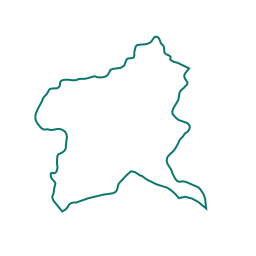 Gunma, Albers equal-area conic projection, rotated 12°
{"feature_id": "JPN-3503", "entity_name": "Gunma", "entity_type": "Prefecture", "adm_level": 1, "iso_a3": "JPN", "parent_name": "Japan", "parent_adm1": "", "projection": "albers", "projection_center": [138.983, 36.504], "detail": "fine", "context": "isolated", "style": "outline", "palette": "teal", "viewbox_px": 256, "rotation_deg": 12, "n_neighbors": 0, "source": "natural_earth", "source_scale": "10m", "svg_char_len": 2582}
<svg xmlns="http://www.w3.org/2000/svg" viewBox="0 0 256 256"><g transform="rotate(12 128 128)"><path d="M137.2,32.7L139.0,33.3L140.1,34.5L140.7,35.3L141.9,37.2L142.5,38.2L143.5,39.0L144.3,39.5L144.5,39.6L145.7,40.5L146.4,41.7L148.0,46.7L149.5,47.8L151.2,48.2L152.7,48.4L154.7,49.3L155.1,52.2L156.4,53.0L159.3,53.8L162.9,53.9L175.4,57.0L172.7,62.4L172.1,64.5L172.5,66.5L174.2,68.7L175.6,70.0L176.7,71.1L176.8,72.7L176.5,73.7L175.4,75.2L174.4,77.0L173.0,78.7L171.7,80.7L171.1,83.0L171.4,89.6L170.7,92.2L168.9,97.3L168.1,100.4L167.9,102.9L168.8,105.2L173.0,108.2L174.8,109.2L176.2,109.7L184.8,110.8L186.5,111.7L188.0,113.3L188.3,115.7L187.8,117.7L187.0,119.5L185.3,120.9L184.2,122.8L183.8,124.1L183.2,125.4L181.9,127.2L181.1,129.0L180.5,130.9L180.2,133.1L179.2,136.0L178.4,138.7L176.3,142.6L175.2,143.8L173.7,146.2L173.1,147.3L172.6,148.5L172.5,150.3L172.7,152.2L173.5,153.9L175.0,155.8L179.3,160.2L180.4,162.4L181.8,164.3L185.0,168.1L187.5,169.9L189.6,169.9L191.5,169.1L193.5,168.7L196.4,168.8L208.8,171.3L211.2,172.7L216.0,177.4L218.2,181.4L221.2,190.5L212.0,185.7L205.2,183.7L198.2,183.4L192.3,186.0L188.1,182.8L183.5,180.1L178.6,178.2L167.9,177.2L157.6,174.7L152.7,172.6L151.9,172.0L149.7,171.9L144.0,169.7L140.2,169.7L139.7,170.0L137.0,173.6L131.3,182.9L130.5,184.7L130.2,186.6L130.3,188.7L130.0,191.3L129.0,193.2L126.8,195.0L118.0,198.2L103.7,205.0L92.8,211.7L90.2,212.2L88.2,213.1L86.9,214.4L86.0,215.8L85.5,217.6L85.5,217.8L85.5,218.0L83.3,221.3L81.0,223.3L70.5,214.8L68.6,212.3L68.2,210.4L68.6,208.6L68.8,206.7L68.3,202.8L68.5,199.2L68.5,197.1L66.9,195.5L65.0,194.2L63.0,192.3L62.3,190.5L62.0,188.3L63.1,187.6L65.5,187.6L66.6,186.4L67.3,184.6L67.3,181.3L65.9,177.4L65.0,172.4L64.8,169.7L65.6,168.0L68.3,166.1L69.9,164.4L71.0,162.5L71.4,160.1L70.9,158.6L70.8,157.7L70.1,149.4L68.9,146.5L66.9,144.5L64.4,143.5L62.3,143.2L60.2,143.4L58.2,144.0L54.4,145.7L52.3,146.1L49.8,145.9L47.2,146.8L45.3,146.9L43.6,146.4L39.3,143.1L36.5,140.2L35.3,137.7L34.8,134.3L35.1,131.6L35.8,128.1L38.1,120.4L38.9,116.0L39.9,114.2L41.0,112.4L41.7,110.9L42.3,109.3L42.7,107.5L43.5,106.2L45.0,105.3L50.4,103.9L51.7,102.6L52.5,100.8L52.2,98.1L52.5,96.2L53.7,95.0L55.3,94.3L58.6,93.3L64.1,92.8L67.5,91.9L68.9,90.8L71.2,89.8L75.7,88.8L78.3,87.6L84.5,84.3L87.6,84.7L91.1,84.2L94.7,82.8L96.7,81.0L97.6,79.0L98.8,74.7L100.8,73.4L108.5,70.6L110.3,68.8L111.4,67.6L112.0,63.0L112.3,61.3L113.5,60.0L118.2,58.5L119.1,57.2L119.0,55.1L118.4,52.6L118.5,47.3L119.2,45.5L120.4,44.7L128.9,42.0L131.8,39.9L132.2,39.5L133.1,38.0L134.4,34.9L135.5,33.1L137.2,32.7Z" fill="none" stroke="#0f766e" stroke-width="2"/></g></svg>